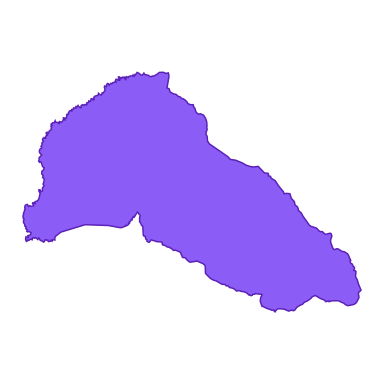 Villanueva, La Guajira, Colombia (Robinson projection)
{"feature_id": "7082276B95884188682011", "entity_name": "Villanueva", "entity_type": "district", "adm_level": 2, "iso_a3": "COL", "parent_name": "Colombia", "parent_adm1": "La Guajira", "projection": "robinson", "projection_center": [-73.004, 10.587], "detail": "fine", "context": "isolated", "style": "filled", "palette": "violet", "viewbox_px": 384, "rotation_deg": 0, "n_neighbors": 0, "source": "geoboundaries", "source_scale": "gbopen_adm2", "svg_char_len": 5838}
<svg xmlns="http://www.w3.org/2000/svg" viewBox="0 0 384 384"><path d="M134.8,74.9L134.1,76.3L133.1,74.9L132.1,76.2L130.8,75.9L128.8,76.5L128.2,77.5L126.7,76.7L125.7,79.6L125.1,79.1L124.9,77.2L124.2,77.8L123.9,77.2L122.7,77.1L122.1,77.4L121.8,78.3L120.8,77.7L120.3,78.5L119.3,76.9L118.5,76.9L118.6,79.4L119.9,79.8L119.7,80.4L117.6,80.1L116.8,79.3L116.0,79.3L115.4,80.5L115.9,82.2L114.8,82.0L112.8,82.7L111.9,83.7L110.8,83.3L109.2,85.2L108.8,84.9L108.3,83.7L107.5,83.5L106.6,84.6L106.4,86.6L104.7,86.0L104.3,86.9L105.1,90.2L103.3,92.9L102.1,92.9L101.9,94.2L101.4,95.0L99.6,94.4L98.5,93.3L98.2,95.1L94.4,96.4L94.1,97.4L93.4,98.1L94.2,99.1L94.0,99.8L93.4,99.9L91.5,98.7L91.1,98.8L90.6,101.2L89.8,101.3L88.8,100.9L88.6,102.4L86.9,102.7L86.9,104.4L86.5,104.8L85.1,104.4L84.2,105.3L82.8,104.6L81.1,105.6L81.2,107.6L80.4,107.6L78.6,106.5L78.0,105.5L77.3,106.6L75.9,106.5L76.0,108.1L73.6,107.9L73.2,109.4L71.7,109.5L71.7,111.0L70.7,110.6L69.3,111.1L69.1,111.9L68.4,112.7L68.4,114.3L66.7,114.5L66.5,117.9L65.2,118.1L65.1,119.9L64.4,119.6L64.0,117.9L63.5,117.8L63.3,119.6L62.6,121.1L61.4,122.3L59.6,121.6L59.3,123.6L58.5,123.3L58.1,122.4L55.5,122.2L55.1,120.8L54.1,122.8L52.5,122.8L52.0,123.6L51.2,124.0L51.1,124.6L52.0,125.3L50.9,126.2L51.7,127.2L51.1,128.1L51.4,129.5L49.2,131.1L48.4,133.1L47.1,132.2L46.3,132.5L46.3,133.8L47.3,134.6L47.4,135.2L46.7,135.1L45.6,136.6L45.7,138.2L44.6,138.3L44.0,137.6L42.8,138.7L42.5,139.8L43.3,141.6L41.9,143.0L42.1,144.7L41.0,146.4L41.7,147.3L41.4,148.1L39.9,149.2L39.3,151.0L39.6,152.7L41.7,154.8L39.0,158.0L39.2,159.8L38.6,161.0L39.5,162.3L40.7,161.9L41.3,162.6L42.6,166.6L44.2,167.8L43.5,170.0L41.9,171.2L41.7,173.5L41.9,174.2L43.2,175.5L42.6,177.5L44.3,178.9L43.7,182.7L43.0,184.0L44.1,185.8L42.5,187.8L42.4,190.9L42.0,191.3L40.8,191.7L40.4,191.4L40.3,190.0L39.0,189.7L38.8,190.7L40.1,193.5L38.9,198.8L37.6,200.8L35.1,201.7L34.6,202.4L35.2,203.5L34.1,203.5L33.1,202.7L32.6,202.9L32.5,203.5L33.5,205.0L33.6,205.8L30.9,206.4L29.8,205.7L28.8,206.5L28.2,206.2L27.6,204.6L27.1,204.4L25.2,205.3L24.7,207.7L25.3,208.8L24.7,209.5L24.2,211.9L23.5,213.0L23.6,214.2L23.0,215.9L23.2,218.1L24.1,219.1L23.4,220.8L23.7,222.1L23.5,222.5L24.7,224.4L24.9,226.2L26.2,226.9L25.7,228.6L27.4,230.0L26.7,231.3L27.4,231.9L29.2,231.6L31.1,232.8L30.5,234.8L27.8,235.7L28.4,237.0L28.2,237.6L26.0,236.8L25.5,239.2L26.3,241.4L27.1,241.1L27.5,240.0L28.8,240.5L30.2,239.2L32.3,239.7L32.3,238.2L33.1,237.6L34.3,238.2L35.8,237.7L37.8,239.5L38.5,238.1L39.0,238.1L40.3,240.4L41.9,240.9L43.7,242.1L44.6,241.2L44.8,240.1L45.6,239.7L46.4,240.2L47.8,240.0L48.1,241.2L48.6,241.6L50.4,241.3L51.2,240.1L52.1,241.2L53.0,239.7L54.9,240.0L54.8,237.8L55.5,236.3L60.9,232.1L85.1,224.7L108.2,225.5L120.3,227.7L121.8,227.6L125.5,226.1L125.8,225.5L126.1,225.9L127.2,225.4L128.3,224.6L128.2,224.0L128.7,223.4L129.2,223.6L129.7,222.9L129.1,222.3L130.5,220.9L130.3,220.6L130.6,220.8L131.1,219.8L131.9,220.1L132.1,219.6L131.8,219.3L132.9,217.8L132.8,217.2L133.7,216.5L134.3,217.1L137.3,212.1L138.2,212.6L138.6,213.8L140.2,215.3L139.5,218.5L139.8,220.9L139.5,221.6L140.8,223.4L141.6,225.5L142.5,225.9L142.8,226.6L143.3,235.4L143.9,236.0L145.0,236.2L145.9,239.2L146.8,239.7L147.0,241.3L148.3,242.1L149.4,242.2L151.3,239.8L153.5,240.7L154.6,240.7L156.3,241.6L161.4,242.0L162.3,242.8L162.2,244.3L163.0,245.1L164.6,245.2L167.3,247.0L169.6,247.3L170.1,248.0L171.4,248.4L173.4,250.4L175.7,250.2L180.4,252.3L182.5,257.4L185.3,257.8L186.9,259.9L189.4,261.9L190.2,262.2L197.1,261.1L203.1,263.7L204.6,265.0L205.2,266.1L205.5,273.5L210.4,278.4L213.2,280.0L216.1,280.9L222.2,284.4L224.7,284.3L226.3,285.9L227.9,285.7L229.5,287.5L232.3,288.1L234.7,289.2L236.4,291.0L239.5,290.6L241.5,291.5L243.7,291.7L246.4,292.7L249.2,295.2L249.8,294.8L251.1,295.7L252.4,295.2L253.0,294.3L254.8,294.2L255.4,293.6L261.8,294.4L261.9,295.3L260.7,297.5L260.2,301.1L262.0,306.4L262.8,306.4L266.4,308.2L272.0,310.2L274.1,310.1L274.4,310.5L274.3,311.5L275.4,311.7L275.4,311.1L277.2,309.2L278.9,308.7L283.9,309.1L288.7,311.1L291.4,310.2L293.6,310.7L294.8,310.1L297.0,307.1L300.9,304.8L302.4,304.4L304.4,302.2L307.1,301.1L310.7,298.6L312.3,296.7L315.3,295.5L320.4,298.5L324.1,299.9L325.9,301.7L328.1,301.0L328.7,300.9L329.1,301.7L331.8,300.8L338.6,300.8L341.9,302.5L343.4,302.9L345.4,304.6L347.7,305.7L353.7,304.5L355.6,303.4L356.7,302.1L358.9,297.8L358.9,296.0L358.4,294.4L358.7,292.2L360.8,290.6L361.0,290.1L358.4,283.8L357.3,279.9L355.5,276.5L356.0,271.6L355.4,270.8L353.8,270.4L353.7,269.9L354.5,268.7L354.3,267.2L353.2,266.3L352.3,264.1L351.1,263.4L350.3,262.3L350.1,260.7L350.7,260.5L348.2,254.7L347.3,253.6L344.0,251.6L342.2,251.5L338.3,249.0L337.0,248.7L334.4,249.6L333.0,248.6L330.6,242.2L330.7,239.7L331.9,236.0L331.1,233.6L330.0,233.2L326.0,234.3L324.7,233.9L322.3,231.6L320.6,231.7L319.2,231.0L316.5,228.1L310.7,226.2L309.4,225.2L303.0,216.2L301.2,212.9L298.4,210.4L298.2,208.6L297.4,206.8L295.0,205.0L294.4,201.7L291.3,198.3L289.9,193.7L286.6,193.4L284.1,193.7L283.4,191.7L278.9,186.3L275.2,180.7L271.2,178.2L270.5,176.3L268.3,175.9L268.5,174.3L268.1,173.3L264.5,173.0L258.2,166.4L253.6,167.0L250.2,166.5L246.2,165.2L242.0,162.8L235.6,160.2L230.3,159.4L227.9,156.7L209.0,143.6L208.4,142.1L207.6,141.5L207.1,136.2L205.9,134.2L206.3,131.6L206.9,130.5L207.1,128.8L206.7,127.7L207.0,125.8L206.7,121.8L205.6,118.4L203.6,115.2L200.6,113.8L198.5,114.1L197.3,113.4L195.8,111.6L194.8,108.1L193.4,106.5L193.5,105.1L193.1,104.7L190.7,104.7L188.0,103.7L186.8,101.6L184.8,99.8L183.3,98.8L182.1,98.7L179.8,96.7L178.6,96.6L175.9,94.3L173.5,93.9L170.2,92.0L169.0,88.7L167.0,88.0L168.9,77.0L168.8,74.6L168.3,72.9L165.9,73.4L163.4,72.3L159.3,72.4L157.5,74.0L154.8,75.5L153.2,76.2L152.4,76.0L151.2,76.7L149.3,76.2L148.4,75.3L145.2,74.6L144.5,74.2L143.9,73.1L142.7,74.7L141.9,75.1L140.8,74.9L139.3,73.5L137.2,72.4L135.3,74.9L135.0,75.2L134.8,74.9Z" fill="#8b5cf6" stroke="#5b21b6" stroke-width="1.5"/></svg>